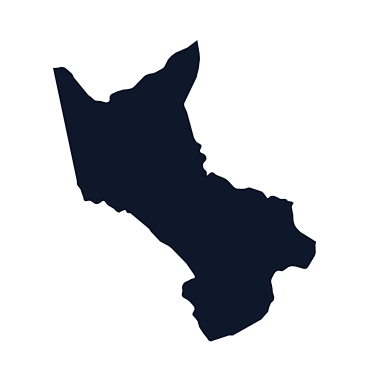 outline of Moyen-Ogooué, rotated 258°
{"feature_id": "GAB-2621", "entity_name": "Moyen-Ogooué", "entity_type": "Province", "adm_level": 1, "iso_a3": "GAB", "parent_name": "Gabon", "parent_adm1": "", "projection": "orthographic", "projection_center": [10.538, -0.51], "detail": "fine", "context": "isolated", "style": "filled", "palette": "ink", "viewbox_px": 384, "rotation_deg": 258, "n_neighbors": 0, "source": "natural_earth", "source_scale": "10m", "svg_char_len": 3256}
<svg xmlns="http://www.w3.org/2000/svg" viewBox="0 0 384 384"><g transform="rotate(258 192 192)"><path d="M341.3,82.6L340.6,87.4L340.9,89.5L340.3,91.5L339.5,93.0L336.6,95.4L334.9,96.6L332.7,98.3L331.1,99.0L328.6,99.4L307.8,110.2L305.7,112.2L301.9,115.0L300.7,116.4L299.4,121.0L297.0,125.7L296.6,127.2L296.6,128.5L297.1,129.7L297.6,130.4L298.4,131.2L299.7,131.5L301.1,131.7L302.4,132.2L303.4,133.1L303.9,134.2L305.1,139.2L305.7,145.9L305.2,150.1L305.2,153.6L305.4,155.1L305.9,156.5L306.7,157.9L314.4,169.5L315.1,171.0L315.5,172.9L315.7,175.2L315.5,178.9L315.9,181.2L318.2,188.9L319.0,190.5L320.2,191.9L325.8,196.4L327.0,197.9L328.8,200.5L331.0,205.3L333.4,217.2L333.9,218.6L338.3,228.0L325.5,227.4L320.7,226.7L311.9,223.7L303.4,219.6L280.7,202.1L278.7,201.6L277.0,201.7L271.0,203.0L244.5,204.5L241.6,205.4L240.0,206.0L238.7,207.0L236.7,209.4L235.5,210.2L234.1,209.7L231.0,207.5L229.5,207.6L228.1,208.3L226.3,210.9L224.9,212.0L223.0,212.5L221.4,212.2L220.1,211.1L219.3,209.8L218.0,208.3L216.4,207.7L214.3,207.3L212.7,207.5L211.2,208.2L210.1,209.1L208.5,209.8L205.0,209.1L204.2,209.7L204.3,210.9L206.1,213.7L206.5,215.1L206.1,216.3L205.1,217.3L203.8,218.2L202.6,219.6L198.4,225.9L197.0,227.4L195.3,228.9L187.8,233.4L186.3,234.7L185.4,236.0L184.1,240.6L183.6,243.6L183.5,245.0L183.9,247.8L183.6,249.3L177.6,259.5L176.9,260.3L175.7,261.1L170.3,263.6L169.6,264.2L169.3,264.7L169.3,265.4L169.9,266.4L170.7,267.6L171.0,269.0L170.7,270.4L170.0,271.9L168.0,274.6L166.8,275.9L166.0,277.2L165.6,278.6L165.6,280.0L165.2,281.3L164.4,282.5L162.8,283.2L162.2,284.3L161.8,285.7L161.3,287.0L160.2,288.2L158.5,286.6L156.9,285.7L148.2,285.5L144.7,284.8L142.3,284.6L138.6,284.8L136.3,285.5L134.4,286.3L129.9,289.1L117.3,302.2L114.9,301.0L108.0,299.9L107.1,299.6L105.9,299.1L104.6,298.3L95.5,289.9L94.2,288.3L94.0,287.0L94.3,285.6L98.2,278.3L99.2,275.3L99.5,273.8L99.5,272.2L99.3,270.7L96.8,264.9L96.6,264.2L96.7,263.1L97.8,260.5L97.9,259.1L97.3,257.3L96.1,255.4L91.0,251.2L89.1,250.3L87.7,249.9L84.8,250.1L79.2,249.8L78.0,249.5L77.1,249.5L73.1,249.8L71.7,249.7L70.3,249.2L69.0,248.2L68.2,246.6L66.7,245.0L66.1,244.7L64.7,243.6L62.8,242.5L59.6,241.0L53.6,232.9L43.9,202.0L44.8,198.4L42.7,179.4L43.5,178.2L44.7,177.6L46.1,177.1L51.9,174.2L57.9,171.9L59.4,171.6L63.8,171.4L65.3,171.1L68.9,169.3L71.5,167.7L72.8,167.9L75.8,170.5L77.5,171.1L80.0,170.7L84.6,168.2L87.1,166.4L89.0,164.6L90.1,163.1L91.6,161.6L93.1,161.3L94.6,161.7L96.0,162.4L97.5,162.9L100.3,163.1L101.7,163.6L102.9,164.4L104.1,165.6L104.7,167.0L105.7,171.4L106.3,172.9L106.5,175.7L106.8,177.0L107.6,178.0L110.2,177.8L123.7,172.2L141.6,160.9L144.8,158.2L149.8,152.1L151.5,150.6L162.1,144.2L164.8,143.2L166.6,142.0L184.4,128.0L185.1,127.3L185.1,126.6L185.2,125.8L185.5,125.0L186.5,124.5L187.8,124.1L188.4,123.9L189.0,123.3L189.1,122.6L189.0,121.2L188.4,118.2L187.8,116.7L187.8,116.3L189.5,114.3L192.0,112.9L195.0,109.8L196.6,107.9L197.8,107.0L201.9,105.0L202.6,103.6L202.5,102.3L201.2,99.6L200.9,98.5L200.8,98.0L200.7,96.7L200.8,96.3L200.9,95.9L201.5,94.9L201.8,94.5L204.3,92.2L204.9,91.5L205.4,90.6L205.7,89.5L205.7,87.4L205.9,86.1L206.2,85.6L207.1,85.2L209.2,85.3L215.1,84.5L216.0,84.5L218.2,84.1L222.8,82.0L223.3,81.8L223.9,81.9L226.7,82.4L341.3,82.6Z" fill="#0f172a" stroke="#020617" stroke-width="1.5"/></g></svg>